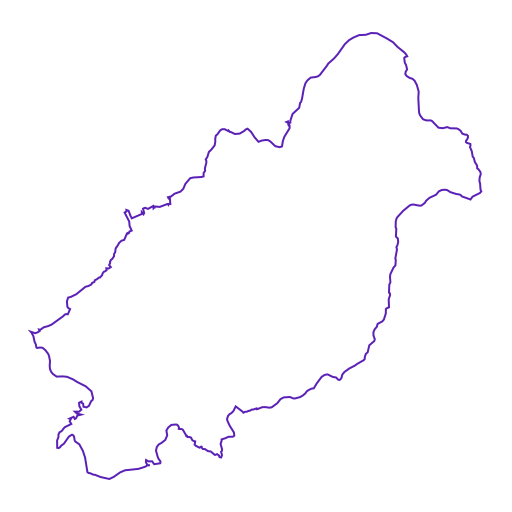 Floridablanca, Santander, Colombia
{"feature_id": "7082276B34435529925249", "entity_name": "Floridablanca", "entity_type": "district", "adm_level": 2, "iso_a3": "COL", "parent_name": "Colombia", "parent_adm1": "Santander", "projection": "mercator", "projection_center": [-73.085, 7.083], "detail": "fine", "context": "isolated", "style": "outline", "palette": "violet", "viewbox_px": 512, "rotation_deg": 0, "n_neighbors": 0, "source": "geoboundaries", "source_scale": "gbopen_adm2", "svg_char_len": 5988}
<svg xmlns="http://www.w3.org/2000/svg" viewBox="0 0 512 512"><path d="M470.5,199.5L472.5,196.7L479.9,193.0L481.3,191.4L480.5,189.6L480.1,183.7L479.4,181.0L479.7,177.3L480.7,174.4L480.7,173.2L480.2,171.7L478.4,169.2L477.2,168.4L477.1,165.6L474.8,161.9L473.9,158.1L472.7,156.6L471.8,151.3L470.0,147.1L470.5,145.3L470.3,143.9L466.9,142.9L465.9,142.0L466.1,140.7L467.2,139.3L468.0,137.3L467.9,135.8L466.7,134.7L464.9,134.6L462.4,133.7L460.5,130.7L458.2,129.0L456.5,128.4L450.5,128.3L447.1,127.1L442.9,128.2L438.5,127.7L432.0,121.0L430.6,120.4L426.4,120.4L423.9,119.6L422.9,119.1L420.2,115.5L419.2,113.2L418.9,110.0L418.3,98.0L418.7,91.7L416.9,85.1L414.6,80.7L412.3,78.7L409.8,78.0L406.6,76.0L405.3,74.1L405.7,71.7L407.1,69.4L406.1,65.1L404.8,62.7L404.2,58.0L405.0,57.1L407.2,56.3L406.1,54.4L404.3,52.4L397.4,46.8L393.0,42.2L386.9,38.5L377.2,33.3L371.2,33.0L365.8,34.8L359.2,35.1L353.5,37.5L349.1,40.1L344.8,44.2L338.0,53.9L334.1,58.4L328.2,63.6L327.1,65.5L319.8,75.0L318.2,76.2L315.8,77.0L310.7,77.6L307.4,80.4L305.5,83.1L303.8,88.5L302.0,98.8L301.1,101.8L300.1,103.0L299.2,107.8L292.6,113.9L290.4,120.5L290.3,122.7L289.1,123.0L288.2,122.6L288.0,121.4L286.5,122.0L288.5,123.1L288.2,123.3L288.4,124.7L289.1,124.6L289.5,125.5L289.0,125.7L289.7,127.2L289.5,128.4L284.4,136.7L282.9,140.9L282.0,146.4L279.8,147.2L275.3,146.2L270.6,141.7L268.1,140.1L265.6,140.0L261.6,140.6L258.5,141.8L254.5,137.2L251.1,131.9L247.6,128.7L246.0,129.3L244.1,131.0L239.7,133.6L234.9,134.0L231.0,132.1L229.8,131.9L228.5,130.4L228.1,131.0L224.7,129.2L222.2,129.2L220.3,130.3L217.4,134.3L215.8,135.7L215.2,139.1L215.3,141.8L214.6,145.5L211.0,150.0L208.9,151.9L207.3,157.1L205.7,159.5L206.4,161.1L206.3,162.9L204.9,168.3L205.1,170.9L203.6,173.0L203.6,176.4L201.5,177.0L193.3,177.5L190.2,178.2L185.4,183.8L183.3,188.8L180.5,191.6L174.6,193.7L171.0,196.5L168.0,197.2L168.7,198.6L169.9,198.4L170.3,204.1L168.5,204.0L168.3,204.7L167.8,204.0L167.1,204.1L159.8,206.9L155.0,206.5L154.6,207.6L154.0,207.6L153.5,208.2L153.2,206.0L148.0,208.9L145.2,207.8L144.4,208.0L143.0,208.7L144.2,213.0L143.5,214.3L141.8,212.2L141.8,214.0L131.8,218.3L130.4,215.6L128.6,210.8L126.4,209.9L126.4,211.5L124.6,212.5L129.2,221.5L129.6,226.0L131.7,230.6L129.4,231.5L129.1,232.8L128.2,233.5L127.8,233.7L127.5,233.1L127.0,233.4L124.2,239.9L121.5,240.7L119.2,242.8L117.0,246.7L116.4,247.1L115.6,248.7L115.2,252.2L114.1,253.9L114.0,256.3L112.0,259.2L110.9,259.9L110.0,261.8L110.2,262.9L109.1,265.1L110.8,267.1L108.6,268.5L106.3,268.3L106.6,270.1L105.5,271.1L103.9,271.7L102.6,273.4L102.1,275.2L100.0,277.5L99.1,277.5L96.8,279.3L94.9,280.2L94.3,282.0L92.1,282.9L91.5,284.3L88.5,286.0L85.4,286.8L76.2,294.3L70.8,296.9L68.1,297.6L66.9,301.5L67.4,306.9L68.3,308.0L70.1,309.1L67.8,314.3L65.8,314.1L64.7,314.7L62.8,316.5L51.4,324.7L48.1,326.1L43.7,327.3L40.3,329.8L39.0,329.5L39.6,331.1L37.5,332.4L35.2,333.2L30.7,331.7L31.6,332.8L33.4,336.2L34.5,341.6L35.9,344.6L36.4,347.5L37.1,348.0L40.0,347.5L42.6,347.8L45.4,350.2L48.2,353.9L49.0,355.9L50.0,360.8L49.7,366.0L50.0,369.1L51.1,371.7L52.8,373.9L56.6,376.6L62.7,376.4L67.0,376.8L72.9,379.3L77.2,382.0L85.7,386.3L91.4,391.3L93.1,398.2L92.5,400.1L91.2,401.1L88.9,405.9L86.6,407.4L83.5,406.7L83.1,403.6L81.6,402.8L81.5,401.6L79.1,402.7L79.3,406.1L81.3,409.7L79.1,411.7L75.0,411.7L76.9,413.5L81.1,414.6L77.3,415.6L76.1,418.2L74.8,419.0L73.6,416.8L69.5,418.6L70.8,419.1L69.7,421.3L71.3,424.0L64.6,427.3L61.6,431.1L59.5,432.3L58.4,434.8L58.5,436.9L57.1,440.5L57.2,447.8L58.7,448.1L60.3,447.0L60.9,445.9L63.9,443.7L68.9,436.6L71.7,434.8L72.6,434.8L74.0,436.4L74.7,440.5L75.3,441.5L79.3,444.3L82.9,450.9L85.1,457.7L87.4,472.1L88.5,473.0L90.1,473.2L93.1,474.6L95.0,474.8L100.5,477.0L109.3,479.0L113.7,476.9L120.1,472.4L125.0,470.3L138.3,468.9L144.1,467.1L146.4,466.1L147.0,465.3L149.9,465.3L147.4,465.0L145.9,462.2L146.1,460.0L148.5,461.4L152.1,461.3L154.2,464.2L160.1,463.3L160.4,462.9L160.4,461.3L158.6,458.9L157.8,457.2L156.0,450.7L156.8,447.0L158.8,444.4L161.4,443.0L165.3,439.9L167.2,435.4L166.4,430.5L168.3,427.4L171.4,424.9L175.8,424.5L176.8,424.6L178.0,425.5L179.0,427.5L178.8,428.9L181.8,429.1L182.9,429.8L186.0,435.2L186.8,435.7L186.5,436.3L187.9,437.1L189.4,437.0L191.0,437.6L192.2,440.0L193.4,440.9L195.2,441.4L194.6,444.6L195.8,445.8L199.6,447.7L201.2,446.6L201.6,446.7L201.6,447.6L202.9,449.0L205.0,449.1L207.9,451.1L210.8,451.5L214.8,454.9L215.4,454.9L217.0,454.1L219.1,455.6L219.4,457.0L221.1,457.5L222.0,455.2L221.1,451.8L221.9,450.7L222.1,449.4L220.6,444.0L221.6,440.9L221.6,439.4L225.4,438.2L228.4,436.8L232.6,436.7L233.8,436.2L234.3,435.5L233.9,432.4L229.8,425.9L227.7,421.5L227.0,419.1L228.1,415.8L229.7,414.0L231.3,413.2L233.4,411.1L235.7,406.4L242.5,411.6L243.4,412.7L245.0,411.8L246.8,411.7L248.8,410.8L249.7,410.8L251.7,409.6L253.4,409.5L256.5,408.4L256.7,409.2L257.7,409.0L262.2,407.2L265.2,407.1L269.5,407.7L271.7,407.3L277.3,403.2L280.5,399.1L283.8,397.4L289.9,397.0L293.3,398.4L294.8,398.5L300.0,397.1L302.8,395.5L305.2,393.5L306.8,391.3L308.7,390.0L311.4,388.7L313.8,388.3L316.6,383.6L321.6,376.9L323.8,375.4L325.5,374.7L327.6,374.4L332.7,376.9L336.1,377.5L338.1,379.6L339.1,380.0L340.3,379.5L341.5,377.9L342.3,374.6L344.4,372.0L349.1,368.6L355.2,365.4L357.0,364.0L363.8,360.1L364.7,359.0L364.8,357.0L365.8,354.0L367.7,352.2L369.3,345.3L374.3,341.0L374.8,339.1L373.5,335.6L373.4,332.3L374.1,330.5L374.8,329.1L376.8,326.8L377.6,323.9L382.3,321.4L383.9,319.5L385.8,313.5L385.9,309.0L386.8,308.2L389.0,307.3L388.7,299.3L390.1,295.1L389.9,293.4L389.3,293.1L389.0,292.4L389.3,284.6L390.4,282.3L390.0,277.0L390.3,274.3L393.4,267.8L395.4,265.4L395.8,260.0L395.3,258.6L397.0,249.4L396.4,247.3L397.4,245.2L398.2,242.0L397.8,238.5L395.9,236.5L396.3,228.7L395.6,227.2L395.8,221.2L396.5,218.6L397.4,217.1L403.2,210.8L409.6,205.5L411.5,204.7L413.4,204.5L419.6,205.7L421.5,205.5L424.8,202.9L426.2,200.7L429.5,197.8L436.1,194.7L438.9,191.3L441.8,190.0L445.0,189.7L447.2,190.1L450.3,192.1L456.2,194.0L459.5,194.5L460.6,195.0L461.9,196.4L470.5,199.5Z" fill="none" stroke="#5b21b6" stroke-width="2"/></svg>